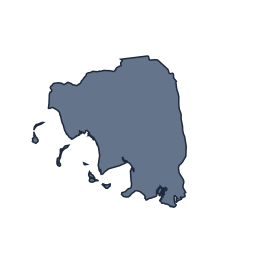 Palma, Cabo Delgado, Mozambique (Natural Earth projection), rotated 127°
{"feature_id": "85939544B28801965730987", "entity_name": "Palma", "entity_type": "district", "adm_level": 2, "iso_a3": "MOZ", "parent_name": "Mozambique", "parent_adm1": "Cabo Delgado", "projection": "natural_earth1", "projection_center": [40.456, -10.86], "detail": "fine", "context": "isolated", "style": "filled", "palette": "slate", "viewbox_px": 256, "rotation_deg": 127, "n_neighbors": 0, "source": "geoboundaries", "source_scale": "gbopen_adm2", "svg_char_len": 5956}
<svg xmlns="http://www.w3.org/2000/svg" viewBox="0 0 256 256"><g transform="rotate(127 128 128)"><path d="M145.5,211.2L146.0,211.8L148.1,211.3L155.9,205.9L160.1,203.5L160.1,203.1L159.3,202.1L158.7,202.0L157.1,200.6L156.9,200.0L156.3,195.6L156.6,192.8L157.0,191.8L158.5,190.3L158.7,189.5L163.6,183.6L164.3,181.9L167.6,177.7L169.9,173.4L169.9,173.1L169.5,173.5L169.5,173.2L170.8,169.0L170.3,167.2L170.9,166.8L170.8,166.1L166.1,164.2L165.3,164.5L164.8,163.7L162.7,162.6L161.7,162.6L162.1,163.1L163.0,163.2L162.8,163.4L160.9,163.1L160.4,161.9L159.8,162.1L159.3,161.3L159.5,163.1L159.9,163.2L160.2,164.0L160.2,164.5L159.5,164.8L159.6,164.0L158.6,162.1L158.5,160.6L158.8,159.8L158.6,159.1L158.5,159.9L157.3,159.3L155.7,160.1L154.7,159.4L155.0,156.1L156.2,154.9L156.4,153.6L157.0,154.7L155.9,156.0L156.0,156.5L156.8,156.4L156.9,155.8L157.4,155.1L158.0,155.2L157.4,154.5L156.8,150.9L156.7,152.1L156.4,151.9L156.5,150.4L157.0,150.7L156.7,150.0L156.8,149.2L157.6,149.5L157.5,149.0L157.9,148.9L157.5,148.2L156.9,148.5L157.2,147.9L157.6,147.9L157.2,147.5L157.5,146.4L159.0,144.1L158.7,143.9L159.1,143.1L159.4,142.9L159.5,143.3L159.9,142.8L159.8,142.2L160.3,142.0L160.4,141.1L161.2,139.9L167.0,134.1L175.6,129.4L179.3,125.3L179.7,124.0L179.6,123.8L179.2,124.9L178.7,124.8L178.6,125.8L178.2,125.7L178.4,125.2L178.2,124.4L177.5,125.1L177.8,124.5L180.5,122.5L181.2,121.6L180.0,120.5L177.1,120.3L172.1,118.8L163.2,112.1L156.9,108.6L156.5,108.8L157.0,111.0L156.7,112.6L156.2,113.4L155.2,113.9L155.2,114.5L154.6,114.2L156.4,111.9L156.3,110.5L155.9,111.9L155.0,108.7L155.7,107.3L155.3,106.6L155.4,104.4L156.9,100.4L157.0,99.1L157.9,97.9L159.2,97.3L159.2,97.8L157.7,99.4L157.3,99.3L157.2,100.4L157.6,101.0L158.1,100.9L157.9,100.6L158.6,100.5L158.0,99.9L158.0,99.5L159.3,100.3L159.4,100.8L159.6,100.1L160.8,100.3L168.3,93.8L170.5,91.5L173.2,89.9L174.8,89.8L175.8,90.9L176.7,91.3L180.7,91.9L183.3,94.0L185.0,93.2L185.3,90.8L185.1,89.7L184.3,88.0L182.8,86.2L181.2,85.7L178.9,85.6L176.7,85.2L175.1,84.5L173.9,84.5L172.4,82.6L171.5,79.6L171.7,75.3L172.3,73.0L173.9,72.4L173.9,71.5L174.6,70.6L174.4,69.9L173.1,69.2L171.7,68.9L169.6,66.9L168.2,66.3L167.3,65.5L165.6,64.5L164.6,64.5L163.6,65.0L162.5,66.5L160.3,67.5L157.1,67.5L156.0,66.9L155.0,67.5L155.2,65.3L155.9,64.6L156.0,63.8L155.9,63.4L154.5,63.7L154.2,63.4L154.1,60.5L153.7,60.6L153.4,61.7L152.8,61.9L152.8,61.3L153.7,59.9L155.0,59.9L154.6,61.9L155.0,62.4L155.5,62.1L156.4,60.8L157.4,61.1L157.9,61.0L158.2,59.6L158.9,59.1L160.1,59.3L161.3,60.1L161.6,59.9L161.5,58.8L161.8,58.6L162.1,59.7L162.5,60.3L163.3,59.3L164.4,59.3L164.2,58.5L165.0,58.4L165.9,59.1L166.2,58.6L166.6,59.0L167.0,58.9L167.0,57.4L167.7,55.9L167.5,55.3L166.6,54.5L166.2,52.4L165.4,51.0L164.8,49.0L165.3,46.9L164.7,46.7L164.4,45.2L163.7,45.0L163.8,43.9L162.2,43.0L160.4,43.2L160.3,44.7L159.7,45.7L156.4,48.9L154.1,50.1L153.7,49.8L154.2,49.0L153.9,48.0L154.4,46.0L155.7,46.9L156.6,45.7L158.1,45.3L158.2,44.7L155.6,44.2L152.7,42.5L152.0,42.7L152.1,43.9L151.8,44.3L151.3,44.3L151.4,43.5L151.0,42.8L148.6,41.3L147.7,41.7L146.4,43.6L144.7,43.1L143.5,46.1L142.4,48.2L141.5,49.1L138.1,50.6L136.8,51.5L135.5,53.8L133.2,60.0L129.6,63.7L126.9,64.7L125.2,64.2L122.2,64.0L115.8,64.8L107.8,70.3L100.9,77.5L99.2,80.3L97.2,82.7L93.8,85.5L88.9,91.0L85.2,93.7L81.8,98.7L78.8,101.5L72.5,106.2L70.7,108.2L67.4,112.7L62.6,117.4L61.6,117.4L60.6,121.6L58.0,123.8L57.4,124.7L57.5,125.4L59.3,127.1L59.5,128.1L57.5,130.8L57.1,132.3L55.9,144.5L56.0,145.6L57.2,147.5L60.6,151.4L60.5,152.3L59.0,154.0L58.5,155.0L58.9,155.9L77.5,175.2L77.6,173.2L78.2,172.9L80.0,173.2L81.2,172.4L82.1,171.1L82.8,171.2L83.5,171.9L86.6,173.3L88.0,173.3L89.0,172.8L89.5,173.1L91.3,173.1L93.0,176.7L96.6,182.0L99.1,183.8L99.7,185.0L101.5,186.3L104.0,190.3L106.0,191.2L108.1,193.1L109.6,193.8L111.7,193.0L114.1,193.4L116.4,193.2L118.5,193.5L120.5,192.9L125.0,194.4L126.0,196.9L126.8,198.1L126.6,199.9L127.6,203.3L128.4,204.0L129.7,204.2L131.9,205.3L132.2,207.9L132.9,209.3L134.0,211.0L136.8,214.0L138.0,214.4L139.8,214.3L141.2,214.7L142.4,214.5L143.1,213.5L143.4,212.0L144.2,211.3L145.5,211.2ZM199.4,159.5L198.4,159.4L197.3,160.5L197.1,161.9L195.5,163.5L192.0,164.3L190.0,165.4L186.4,166.6L183.3,166.3L179.8,164.8L177.4,164.9L180.1,167.4L184.5,167.7L185.1,168.2L184.9,168.8L185.3,169.0L185.6,168.8L185.4,168.0L186.2,168.0L186.7,167.3L186.8,168.0L186.0,168.4L185.8,169.0L186.4,168.8L188.0,167.4L192.1,165.4L193.0,165.1L194.5,166.1L195.6,165.7L197.6,164.1L197.1,164.7L197.3,164.8L198.3,163.9L198.0,163.6L198.3,163.4L198.3,162.8L198.6,163.2L199.2,163.3L199.7,162.5L199.5,162.0L200.1,161.6L199.7,160.7L200.0,160.0L199.4,159.5ZM189.4,121.8L187.6,119.7L188.3,120.6L188.1,121.7L188.7,122.0L189.3,123.6L189.7,123.7L189.6,124.4L189.3,124.6L189.4,125.7L190.0,126.2L190.4,127.4L191.5,127.6L190.4,127.8L189.7,128.3L189.2,126.5L188.0,124.5L187.6,125.2L187.8,125.4L187.6,126.0L186.9,127.2L186.9,129.7L186.1,132.5L187.3,132.1L186.6,131.0L187.4,131.1L188.0,131.7L188.8,131.4L188.7,131.1L189.6,130.7L190.3,129.1L191.1,128.1L193.0,127.5L193.7,126.7L193.6,125.2L193.0,124.3L191.7,123.0L190.7,122.7L189.4,121.8ZM195.7,192.4L193.2,191.8L192.4,192.0L191.7,192.6L191.3,193.8L190.7,194.7L190.8,195.6L189.6,198.1L187.7,201.0L189.3,199.3L190.4,199.0L190.4,197.9L191.5,197.7L192.3,197.9L192.9,197.3L193.9,197.9L195.2,196.6L196.4,196.2L195.7,192.4ZM186.9,107.9L185.1,107.4L184.7,108.1L184.0,108.0L183.4,108.6L185.6,110.0L186.5,111.1L187.1,112.2L187.8,115.0L188.4,112.4L188.8,113.3L189.4,109.5L188.5,108.0L186.9,107.9ZM157.8,63.5L156.8,62.2L156.4,62.1L156.5,64.3L155.8,65.5L155.9,66.2L157.5,66.6L159.9,66.3L162.1,64.9L162.2,64.3L161.8,63.4L161.1,63.0L157.8,63.5ZM183.0,202.4L180.6,201.9L177.2,199.7L174.5,198.8L175.2,199.9L179.1,202.2L180.5,203.4L183.4,203.4L186.4,202.0L183.0,202.4ZM161.2,61.6L158.7,59.8L158.5,60.7L159.1,61.6L158.0,62.4L157.9,62.9L158.5,63.1L160.7,62.3L162.3,62.9L163.1,62.6L163.1,62.2L161.2,61.6ZM183.4,140.4L181.7,138.8L182.5,142.4L183.4,141.1L183.4,140.4Z" fill="#64748b" stroke="#1e293b" stroke-width="1.5"/></g></svg>